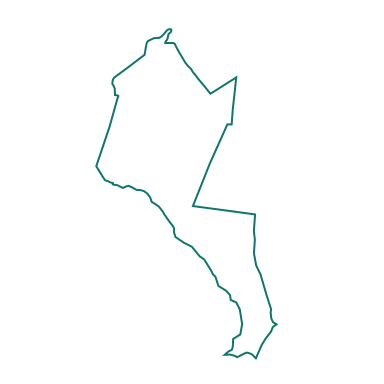 the district of Geisan, Blue Nile, Sudan, rotated 186°
{"feature_id": "16777658B89515248440242", "entity_name": "Geisan", "entity_type": "district", "adm_level": 2, "iso_a3": "SDN", "parent_name": "Sudan", "parent_adm1": "Blue Nile", "projection": "robinson", "projection_center": [34.705, 11.239], "detail": "fine", "context": "isolated", "style": "outline", "palette": "teal", "viewbox_px": 384, "rotation_deg": 186, "n_neighbors": 0, "source": "geoboundaries", "source_scale": "gbopen_adm2", "svg_char_len": 2169}
<svg xmlns="http://www.w3.org/2000/svg" viewBox="0 0 384 384"><g transform="rotate(186 192 192)"><path d="M160.0,310.6L162.1,308.9L180.8,294.1L184.0,291.7L190.5,298.3L197.8,305.3L200.4,308.3L203.7,311.4L205.2,313.4L205.7,314.1L206.5,314.8L209.4,317.1L212.3,320.1L215.5,324.4L216.4,325.6L220.0,330.4L223.6,335.8L224.4,337.3L226.3,338.3L228.0,338.0L233.4,337.5L233.9,337.5L234.2,337.5L233.7,339.5L232.9,340.6L232.7,340.9L232.5,341.5L232.3,342.4L232.2,344.2L231.9,345.8L231.8,346.8L229.9,348.7L229.3,350.5L229.7,351.5L231.2,351.6L232.9,351.0L234.4,349.3L236.6,346.0L238.3,343.8L240.6,341.9L242.1,341.7L245.7,341.1L248.1,339.7L251.2,337.8L252.5,335.9L253.0,331.5L253.2,328.0L253.5,323.5L254.1,322.9L257.6,319.7L259.5,317.9L268.4,309.5L281.5,297.5L281.8,296.9L281.9,296.6L282.2,295.9L282.5,295.0L282.5,294.7L282.6,293.1L282.5,291.1L280.9,289.2L279.6,286.7L279.5,285.6L279.2,283.6L278.7,280.3L275.9,280.3L275.3,279.8L275.9,276.9L276.1,276.1L278.1,264.4L280.7,248.8L289.9,207.7L286.2,202.8L286.2,202.7L284.4,200.6L282.4,197.9L281.0,196.2L280.6,195.7L280.1,195.1L279.8,194.7L279.6,194.6L278.8,194.4L277.7,194.1L276.1,193.8L274.6,193.1L273.1,192.8L271.8,192.8L271.0,191.3L271.1,191.2L270.8,191.1L266.6,190.9L263.9,189.8L261.1,188.8L258.0,190.7L255.5,191.5L251.7,190.2L247.1,188.2L243.3,188.5L239.7,187.8L236.1,185.6L233.2,182.4L232.5,181.1L231.1,178.0L226.7,175.9L223.5,174.1L219.0,169.4L216.6,166.1L216.0,165.5L210.8,159.5L207.9,156.7L206.0,154.0L205.7,150.0L203.7,145.5L194.8,140.7L186.5,137.6L177.6,128.8L172.8,126.2L167.3,119.1L164.3,115.2L162.7,112.5L159.8,110.1L155.9,101.3L152.1,99.5L147.6,97.3L143.4,93.4L142.2,88.7L136.4,86.8L132.2,80.2L128.3,65.8L129.1,55.3L135.7,50.2L135.3,42.9L135.5,40.5L136.1,39.0L137.4,38.3L139.3,37.0L142.4,33.5L137.0,34.3L132.1,33.5L129.9,32.4L121.3,37.9L119.2,37.9L115.6,36.9L111.1,33.3L106.6,47.4L103.3,54.2L98.8,61.4L97.5,66.2L94.1,69.2L97.8,71.0L100.0,74.6L100.4,77.0L101.2,80.2L101.1,83.7L106.8,96.6L115.3,117.3L120.5,125.6L124.0,137.5L124.5,151.1L126.4,159.7L126.9,176.3L189.6,178.1L177.3,222.0L163.9,262.9L159.6,263.4L160.1,278.8L160.0,294.9L160.0,309.1L160.0,309.3L160.0,310.6Z" fill="none" stroke="#0f766e" stroke-width="2"/></g></svg>